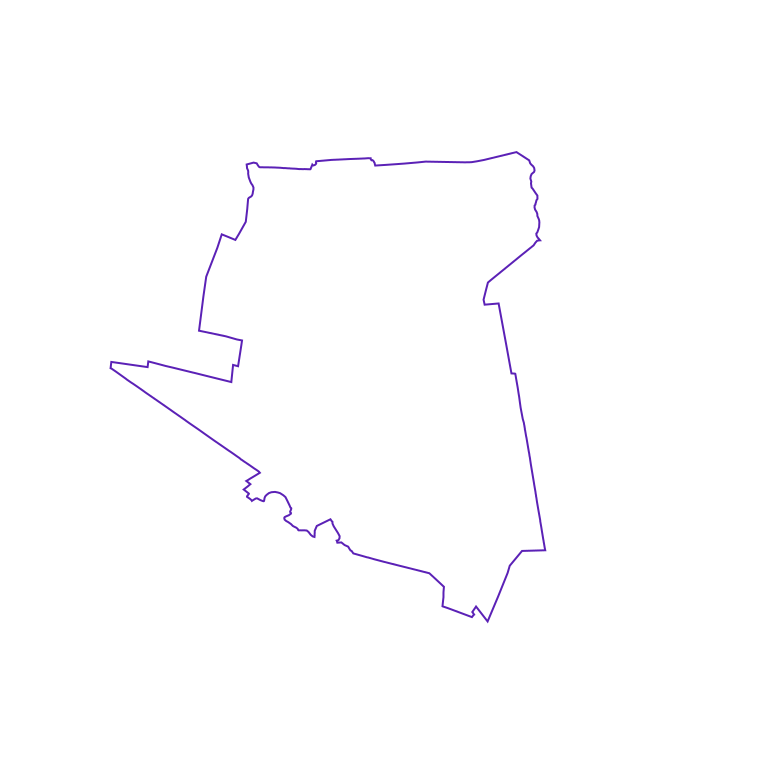 Finta, Dâmbovita, Romania (Robinson projection), rotated 62°
{"feature_id": "2599482B9190756992949", "entity_name": "Finta", "entity_type": "district", "adm_level": 2, "iso_a3": "ROU", "parent_name": "Romania", "parent_adm1": "Dâmbovita", "projection": "robinson", "projection_center": [25.777, 44.797], "detail": "fine", "context": "isolated", "style": "outline", "palette": "violet", "viewbox_px": 768, "rotation_deg": 62, "n_neighbors": 0, "source": "geoboundaries", "source_scale": "gbopen_adm2", "svg_char_len": 5133}
<svg xmlns="http://www.w3.org/2000/svg" viewBox="0 0 768 768"><g transform="rotate(62 384 384)"><path d="M473.1,528.1L474.7,525.2L475.8,523.0L477.1,521.0L479.2,520.1L482.8,519.5L485.1,518.5L486.4,517.2L485.1,516.3L484.0,515.8L483.0,515.1L481.1,514.1L477.8,510.0L478.3,494.8L480.8,494.5L481.4,494.2L483.1,495.0L486.1,495.2L494.1,494.6L497.5,494.6L499.4,495.8L500.5,497.6L500.1,499.3L500.5,499.3L502.2,499.7L503.9,496.0L507.7,494.4L510.8,492.0L513.5,491.9L515.3,491.7L516.1,491.0L519.2,490.6L525.8,483.7L529.2,480.2L529.7,479.5L533.5,475.6L541.0,467.5L551.5,455.9L556.0,450.9L572.4,432.8L576.4,431.4L591.2,426.3L595.9,429.3L600.2,431.6L601.2,432.3L607.7,436.7L608.0,436.5L611.7,433.0L613.6,431.3L631.1,415.8L629.9,413.1L629.9,412.7L627.7,412.9L627.0,413.1L626.8,413.1L624.3,408.3L623.7,407.2L642.3,404.0L625.3,383.1L608.9,363.6L603.5,358.3L596.2,340.5L606.5,319.7L604.1,319.0L599.0,317.3L598.5,317.2L597.6,316.8L596.2,316.4L587.9,313.6L584.7,312.5L584.1,312.3L582.9,311.9L578.3,310.4L577.8,310.1L567.9,306.9L559.7,304.2L556.1,302.9L554.4,302.4L554.1,302.2L551.3,301.3L551.1,301.2L550.6,301.0L543.0,298.5L542.5,298.3L524.0,292.1L519.2,290.4L518.8,290.2L518.4,290.1L517.3,289.7L515.9,289.3L513.7,288.5L511.4,287.8L498.5,283.5L496.7,283.0L491.0,281.1L490.6,281.1L490.2,280.9L489.1,280.4L488.8,280.4L487.6,279.9L487.0,279.8L486.7,279.6L485.2,279.2L484.2,278.8L483.8,278.7L480.0,277.9L469.1,274.5L463.9,272.6L458.8,270.7L456.7,270.0L455.5,269.6L450.1,267.7L440.0,264.4L438.9,264.0L438.2,263.8L436.7,263.3L436.3,263.5L434.5,266.5L428.2,264.5L406.9,257.7L366.7,245.0L361.2,257.9L356.3,256.5L348.2,249.2L343.2,244.6L342.4,240.9L334.8,202.5L331.8,186.8L330.3,184.0L329.4,181.6L329.8,180.2L330.4,178.8L327.8,179.3L326.9,179.6L324.5,179.6L322.7,178.9L322.1,177.5L320.6,175.8L318.3,173.4L314.0,170.8L313.6,170.7L312.5,170.2L310.9,169.9L307.7,169.7L305.8,168.8L303.8,168.5L300.9,168.7L298.8,168.2L297.1,167.2L296.7,166.1L295.9,165.6L295.2,164.8L293.3,163.1L292.6,161.6L289.6,160.1L286.9,160.5L281.1,161.1L279.9,161.5L275.8,160.0L274.4,158.9L271.3,158.3L269.4,156.9L267.9,155.1L267.2,151.9L266.1,150.8L263.8,150.0L261.8,150.1L259.3,151.0L257.7,151.3L254.7,150.8L241.4,158.2L233.1,190.6L231.0,197.4L229.5,201.8L229.0,203.1L226.2,208.6L220.2,219.4L212.2,233.8L207.2,242.8L204.1,250.4L198.9,262.6L195.9,269.4L193.4,275.0L191.4,279.5L187.0,289.2L185.6,288.9L184.4,288.5L183.7,288.6L183.3,288.6L182.8,288.5L181.6,288.8L180.9,289.1L180.6,290.0L179.8,290.1L179.1,290.1L178.4,289.8L177.0,292.4L176.0,294.7L172.8,301.4L169.3,308.6L167.8,311.8L164.6,318.6L161.6,324.9L161.0,326.3L155.5,339.3L155.8,339.6L156.1,339.9L156.5,340.1L157.0,340.2L157.4,340.3L157.6,340.6L157.8,340.9L157.9,341.2L158.1,341.8L158.1,342.3L158.0,342.8L158.0,343.2L157.9,343.8L157.7,344.1L156.7,344.3L157.0,344.6L157.6,345.5L158.2,346.1L158.7,346.7L158.9,347.0L159.7,347.9L159.8,348.1L159.8,348.3L159.7,348.5L156.9,353.3L156.5,354.2L154.6,357.6L154.5,357.9L152.6,360.7L149.7,365.6L149.3,366.0L149.1,366.5L148.5,367.5L146.9,370.0L146.6,370.5L146.5,370.9L145.8,371.9L144.3,374.2L143.0,376.4L141.1,379.6L138.7,383.9L134.6,391.4L134.1,392.1L133.5,392.4L132.9,392.5L132.3,392.6L131.4,392.7L129.4,392.8L127.3,395.2L125.7,402.2L127.8,403.0L129.1,403.6L131.8,403.8L133.4,404.5L134.5,405.2L136.9,406.0L138.0,406.4L142.5,407.0L144.6,407.1L146.7,406.8L149.2,407.0L151.0,408.0L152.9,409.6L154.3,410.6L155.6,412.0L156.1,413.5L156.1,414.3L156.2,416.0L156.8,417.1L162.5,420.8L165.3,422.6L175.9,429.9L183.4,441.6L187.0,447.6L181.3,452.3L175.7,457.0L185.5,467.2L205.8,490.6L221.7,502.2L250.1,522.3L267.7,501.2L275.6,493.0L278.9,488.9L283.1,492.0L299.4,504.2L299.8,504.5L296.3,508.3L310.6,517.9L297.6,532.4L295.0,535.3L286.8,544.4L284.9,546.5L284.5,547.0L282.8,548.9L270.4,562.8L265.6,568.3L261.6,572.6L257.9,576.6L253.4,581.5L258.1,584.8L236.5,614.4L241.7,618.0L242.1,617.6L242.8,617.2L247.4,614.8L258.1,609.5L259.5,608.9L264.5,606.3L265.5,605.7L269.9,603.4L278.2,599.2L278.7,599.0L301.6,587.2L310.5,582.7L322.6,576.5L322.7,576.4L323.1,576.3L323.9,575.9L324.3,575.7L327.3,574.2L336.9,569.2L343.3,566.0L344.7,565.3L354.4,560.4L369.7,552.5L371.9,551.3L375.2,549.6L378.6,547.9L381.5,546.4L382.5,546.0L383.7,545.6L384.0,545.3L386.6,544.0L392.4,540.9L397.7,538.2L399.5,537.2L401.6,536.1L402.5,535.7L403.0,535.5L403.3,535.5L403.7,535.4L404.1,535.3L404.4,540.3L404.6,544.2L404.7,546.4L404.8,547.7L404.9,548.6L405.0,551.1L409.7,549.0L410.5,552.7L410.6,553.4L411.3,557.4L417.2,554.8L417.5,554.8L418.8,557.6L419.2,557.9L419.6,557.8L420.8,557.1L422.8,556.1L423.7,555.8L424.6,555.5L425.2,555.5L425.1,554.9L424.9,551.0L425.1,550.4L425.4,549.7L428.4,547.7L430.2,546.2L430.8,545.6L431.0,545.2L430.9,544.8L429.8,543.9L428.6,543.0L427.5,541.7L427.3,541.2L426.9,540.0L426.8,539.8L426.3,536.8L426.7,534.2L428.1,530.9L430.0,528.6L431.6,527.0L435.0,525.1L437.6,524.1L441.8,524.2L447.0,524.4L449.3,524.6L450.0,524.2L450.4,524.3L451.3,525.1L452.6,526.8L453.4,527.0L454.3,526.7L454.8,527.1L455.2,529.7L454.9,532.5L454.9,534.2L455.5,535.0L457.1,535.4L459.0,534.7L461.0,533.4L464.2,531.8L466.4,531.2L467.8,530.3L469.7,528.9L471.2,528.3L471.7,528.2L472.7,528.3L473.1,528.1Z" fill="none" stroke="#5b21b6" stroke-width="2"/></g></svg>